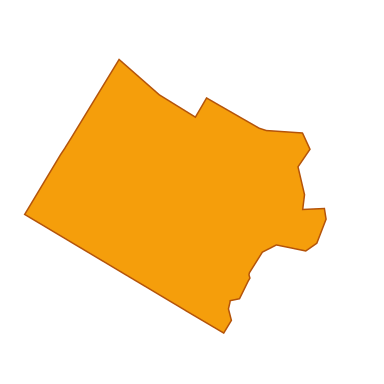 outline of Forsyth, North Carolina, United States of America, rotated 210°
{"feature_id": "52423323B50145770853492", "entity_name": "Forsyth", "entity_type": "district", "adm_level": 2, "iso_a3": "USA", "parent_name": "United States of America", "parent_adm1": "North Carolina", "projection": "equal_earth", "projection_center": [-80.334, 36.117], "detail": "fine", "context": "isolated", "style": "filled", "palette": "amber", "viewbox_px": 384, "rotation_deg": 210, "n_neighbors": 0, "source": "geoboundaries", "source_scale": "gbopen_adm2", "svg_char_len": 718}
<svg xmlns="http://www.w3.org/2000/svg" viewBox="0 0 384 384"><g transform="rotate(210 192 192)"><path d="M325.7,88.9L139.3,86.2L137.5,86.1L94.0,85.7L93.7,100.5L102.0,109.0L103.7,114.6L103.8,114.9L104.4,116.5L104.6,117.0L97.5,123.3L98.8,142.9L98.8,146.4L101.1,148.6L101.3,148.9L101.7,150.1L101.9,150.9L101.0,175.1L92.5,188.3L64.0,197.8L58.3,210.0L62.3,235.5L69.1,243.9L87.4,232.2L93.2,245.9L112.8,266.8L111.2,288.0L125.2,297.9L125.9,298.3L128.0,297.3L130.4,296.1L153.5,284.8L158.3,282.4L165.8,280.8L212.8,280.7L226.4,280.7L226.4,275.4L226.4,272.0L226.5,258.5L268.9,259.8L321.4,270.3L323.6,179.4L323.9,170.3L324.0,168.1L324.0,166.4L324.5,159.0L325.7,88.9Z" fill="#f59e0b" stroke="#b45309" stroke-width="1.5"/></g></svg>